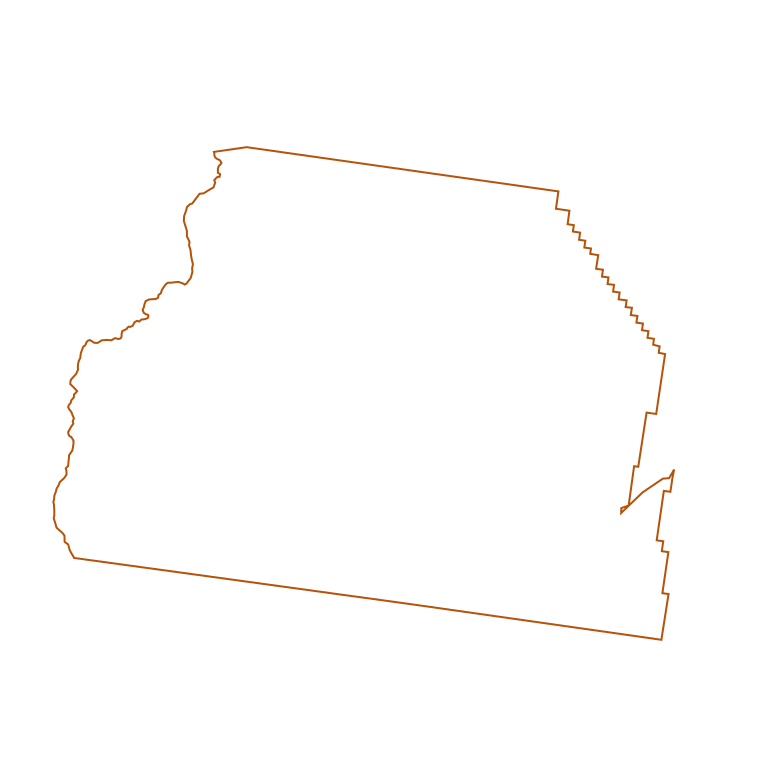 the district of Churchill, Nevada, United States of America, rotated 188°
{"feature_id": "52423323B65093392652388", "entity_name": "Churchill", "entity_type": "district", "adm_level": 2, "iso_a3": "USA", "parent_name": "United States of America", "parent_adm1": "Nevada", "projection": "equal_earth", "projection_center": [-117.959, 39.537], "detail": "fine", "context": "isolated", "style": "outline", "palette": "amber", "viewbox_px": 768, "rotation_deg": 188, "n_neighbors": 0, "source": "geoboundaries", "source_scale": "gbopen_adm2", "svg_char_len": 2973}
<svg xmlns="http://www.w3.org/2000/svg" viewBox="0 0 768 768"><g transform="rotate(188 384 384)"><path d="M238.1,599.0L553.0,599.4L584.7,590.2L584.3,589.3L583.7,586.7L583.3,585.8L582.3,584.6L581.0,583.9L579.7,583.3L578.2,583.1L577.2,582.2L575.8,580.4L576.6,578.5L577.8,577.1L578.5,574.4L577.9,570.1L575.5,569.0L575.7,566.2L577.6,566.0L579.1,564.3L580.5,562.1L579.2,560.0L580.2,554.9L583.6,552.4L589.0,547.8L593.1,546.7L596.3,541.0L599.0,536.1L601.4,534.8L603.7,531.8L604.1,528.1L605.3,522.5L604.9,517.6L602.2,511.9L600.5,508.2L599.7,502.7L596.4,497.8L596.3,494.0L594.3,489.9L592.9,484.2L591.5,480.0L589.9,476.1L590.1,471.5L589.3,468.5L590.2,462.0L592.6,457.7L593.6,455.9L595.4,454.7L596.4,455.4L601.7,456.5L606.0,455.5L608.9,454.7L612.1,454.2L613.9,452.5L615.3,449.9L616.5,447.5L617.3,445.2L617.5,442.9L619.6,440.9L619.7,438.0L621.9,436.4L625.3,435.7L628.5,435.0L631.5,433.0L632.3,429.5L632.5,426.6L633.3,423.6L631.7,421.0L629.5,420.0L627.3,419.6L626.8,418.7L626.8,417.1L627.7,416.0L630.5,414.7L633.1,414.1L635.1,411.8L637.3,412.2L639.5,410.6L641.0,406.6L643.3,405.2L644.7,405.3L646.0,404.0L646.3,402.8L648.5,401.3L650.5,400.0L650.8,397.4L650.6,395.3L650.6,393.6L651.6,392.2L653.6,391.6L656.8,392.0L660.0,389.4L665.0,389.0L669.5,388.0L671.6,386.2L673.4,384.8L676.8,384.5L681.2,386.6L683.1,385.8L684.3,384.2L685.2,380.9L687.1,378.9L687.7,376.0L688.5,372.5L688.5,370.7L688.4,367.5L689.4,364.6L689.8,361.0L689.4,357.4L689.0,355.7L689.7,353.0L690.4,350.9L692.4,348.0L694.5,344.9L694.9,343.0L694.6,340.2L692.9,339.0L690.2,337.0L688.8,335.8L686.9,334.3L687.9,332.5L689.5,330.5L689.3,327.5L691.4,324.3L691.7,321.5L692.9,319.9L693.6,317.3L692.5,315.5L689.6,312.6L687.9,309.5L686.3,306.9L687.1,303.7L686.1,301.5L687.8,298.3L689.0,295.2L690.1,292.4L689.4,290.2L688.2,288.6L686.6,288.2L684.5,285.9L683.5,284.4L683.2,281.3L683.2,278.4L683.4,274.8L684.8,272.0L685.9,269.6L685.7,265.9L685.4,258.9L687.4,256.2L686.3,253.5L685.8,250.0L687.6,246.4L691.3,241.9L692.2,238.2L693.6,235.1L694.0,231.5L694.9,227.7L694.7,224.4L695.0,221.0L694.1,218.8L693.3,214.9L692.7,211.6L692.2,207.8L692.4,205.1L691.4,203.0L689.8,199.7L688.3,196.2L685.1,194.0L682.0,192.0L679.3,189.4L678.3,183.2L674.4,181.2L672.3,176.1L670.2,173.2L667.5,169.8L666.7,168.6L328.8,169.7L73.7,169.3L73.0,215.6L79.2,215.6L79.0,257.1L85.6,257.1L85.6,267.2L92.2,267.1L92.0,317.1L85.4,317.1L85.3,330.9L84.8,339.7L88.6,330.4L94.7,329.1L112.9,312.6L131.2,289.3L131.7,294.2L124.8,297.7L124.9,337.4L120.7,337.4L120.0,392.2L110.3,392.2L109.8,452.8L116.3,453.1L116.3,459.6L122.9,460.4L123.0,466.3L129.5,466.4L129.5,473.1L136.0,473.2L136.0,479.9L142.6,479.9L142.5,486.7L149.2,486.6L149.1,494.0L155.4,493.8L155.4,500.6L163.4,500.5L163.4,507.4L170.0,507.4L170.0,514.2L176.5,514.1L176.6,520.8L183.1,520.7L183.1,527.6L190.0,527.6L189.8,541.4L197.9,541.6L197.9,547.0L204.6,547.0L204.6,553.9L210.9,554.0L210.9,561.2L218.2,561.3L218.1,567.7L224.4,567.8L224.5,581.4L238.1,581.5L238.1,599.0Z" fill="none" stroke="#b45309" stroke-width="2"/></g></svg>